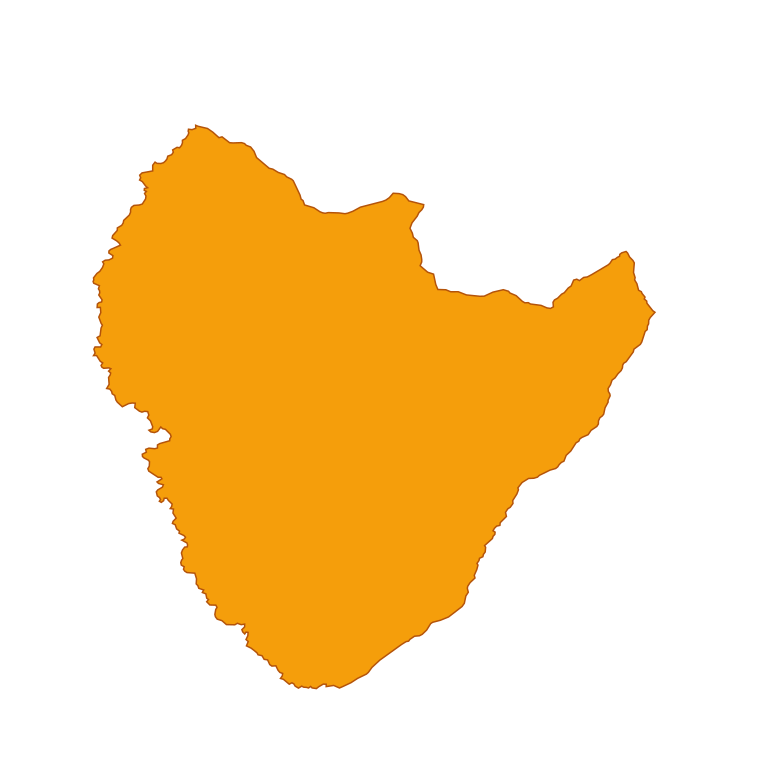 Amambai, Mato Grosso do Sul, Brazil (Equal Earth projection), rotated 259°
{"feature_id": "56859067B60164286614093", "entity_name": "Amambai", "entity_type": "district", "adm_level": 2, "iso_a3": "BRA", "parent_name": "Brazil", "parent_adm1": "Mato Grosso do Sul", "projection": "equal_earth", "projection_center": [-54.945, -23.219], "detail": "fine", "context": "isolated", "style": "filled", "palette": "amber", "viewbox_px": 768, "rotation_deg": 259, "n_neighbors": 0, "source": "geoboundaries", "source_scale": "gbopen_adm2", "svg_char_len": 6163}
<svg xmlns="http://www.w3.org/2000/svg" viewBox="0 0 768 768"><g transform="rotate(259 384 384)"><path d="M513.8,117.0L513.3,120.2L508.1,119.6L504.1,116.8L497.5,117.9L495.5,118.8L492.8,116.9L485.5,114.5L484.4,111.2L478.6,112.8L476.6,114.6L474.4,112.9L475.5,107.4L473.6,105.9L469.5,106.3L467.3,104.3L466.8,107.3L460.4,109.8L458.4,111.9L456.2,109.8L454.3,110.3L452.9,111.8L452.3,117.0L451.1,118.8L449.2,116.1L447.0,117.8L445.2,117.0L443.0,114.9L436.1,114.1L432.5,110.9L431.3,113.9L428.7,115.2L426.3,115.3L424.1,117.5L419.4,117.8L417.0,118.8L411.6,122.8L413.5,129.6L413.4,133.2L412.6,136.2L408.4,134.8L404.0,138.7L402.6,141.0L402.9,143.8L402.0,146.8L398.4,147.2L395.9,145.3L392.4,147.7L386.3,148.8L384.1,148.0L383.5,144.4L381.5,145.9L380.1,149.4L380.7,152.7L384.4,156.7L382.4,158.1L381.2,160.8L375.4,164.7L373.0,165.0L371.1,163.3L369.2,162.8L368.3,152.5L367.4,150.0L364.4,149.4L364.2,146.7L365.9,141.0L365.3,137.6L362.4,137.7L361.2,133.3L358.9,133.1L357.3,134.2L354.2,138.1L352.5,139.0L348.1,137.9L345.9,136.0L343.3,136.5L335.5,144.5L335.0,147.3L333.3,147.9L331.2,142.5L329.4,143.7L327.2,148.2L325.0,146.8L323.2,141.7L321.6,139.9L317.4,140.1L315.3,142.0L313.2,142.6L311.8,141.1L310.3,142.8L311.5,145.4L313.8,146.4L313.3,149.2L310.9,150.1L306.6,153.1L304.3,152.2L302.5,150.4L301.4,153.5L297.6,152.2L292.0,154.4L289.5,150.8L287.5,149.7L285.7,152.2L281.3,152.8L278.6,155.2L276.7,154.3L273.4,158.7L271.5,159.9L269.9,158.4L269.3,155.7L265.6,160.2L263.7,160.5L261.7,159.9L261.9,157.2L259.6,154.6L256.8,152.9L251.0,153.2L249.7,151.7L247.4,150.4L244.9,150.5L242.7,153.0L240.4,151.8L238.3,152.7L236.5,154.6L234.4,162.2L228.5,162.8L223.6,161.5L221.6,162.8L218.8,163.2L216.2,167.7L214.0,165.9L212.0,169.1L207.6,169.1L205.9,170.6L204.1,168.4L200.3,170.9L199.0,176.7L196.6,177.5L194.8,175.8L190.1,174.0L187.7,174.1L185.0,175.4L182.6,179.8L177.9,183.4L176.1,191.6L177.1,194.4L175.0,197.9L174.9,201.4L172.1,200.8L170.0,197.6L167.6,198.0L165.2,199.6L166.8,201.2L166.1,203.2L162.9,202.3L159.5,199.8L157.1,201.6L153.2,199.0L150.1,203.1L147.3,205.6L144.2,208.1L142.2,208.7L140.6,212.4L136.6,213.8L135.4,217.1L130.4,218.3L128.5,220.1L128.0,224.1L123.1,225.4L120.7,226.8L119.2,229.3L116.8,228.4L114.7,226.2L113.3,228.9L107.4,233.7L108.3,236.6L106.8,238.3L104.4,239.1L101.8,242.0L103.1,245.6L101.7,247.3L101.0,250.0L100.0,251.9L101.1,254.3L99.4,255.4L97.9,259.5L99.3,262.2L101.0,267.1L100.3,270.0L98.0,269.5L97.7,277.1L94.1,282.3L94.9,285.9L97.1,294.6L100.1,302.0L102.6,311.4L103.9,313.6L108.1,318.1L113.7,327.1L125.0,351.6L126.9,356.5L126.9,359.1L128.4,360.7L130.6,365.8L130.1,370.8L131.0,373.8L134.3,378.9L139.9,384.1L140.8,386.3L141.3,394.2L143.0,402.9L150.7,418.2L153.4,421.0L160.3,423.9L163.5,427.0L167.6,426.8L169.5,427.6L172.6,430.6L176.2,436.3L179.0,436.1L184.0,439.6L188.3,441.7L190.1,441.0L192.5,443.5L194.7,444.5L195.6,448.1L197.8,449.1L199.8,451.3L204.3,452.6L206.2,451.9L211.6,460.9L213.7,462.0L215.2,464.1L217.4,464.8L219.1,463.0L221.3,464.9L223.0,467.4L223.1,470.8L225.7,471.6L230.6,478.9L234.9,478.8L237.9,481.8L238.9,484.4L242.1,487.8L245.0,488.1L250.6,493.4L254.5,495.8L256.5,495.6L261.0,500.8L263.7,507.9L262.9,513.1L263.3,516.9L264.7,519.1L267.8,530.6L268.3,536.4L269.5,538.7L271.5,540.6L273.2,543.2L273.9,545.9L279.2,549.2L282.6,554.6L289.6,561.3L290.7,564.3L292.7,565.7L293.8,568.1L295.3,574.7L299.0,578.4L301.7,584.8L303.8,586.8L306.9,587.5L309.7,589.5L311.0,592.2L312.5,593.9L318.4,596.4L323.4,600.5L325.4,600.9L329.2,603.7L331.1,603.8L333.9,602.8L336.8,603.1L340.1,606.2L344.3,608.6L345.9,611.9L349.5,615.7L351.9,619.3L354.3,621.1L357.2,622.0L358.7,623.4L359.7,626.0L367.9,634.8L370.5,636.0L374.0,643.2L376.0,645.0L385.8,650.4L387.1,652.7L390.7,653.7L392.5,655.2L396.2,656.1L398.5,658.1L402.7,663.7L404.7,661.8L413.1,657.5L415.3,657.7L417.8,655.7L419.5,656.8L423.6,654.6L425.5,654.2L427.5,651.8L434.2,651.4L438.3,649.9L440.6,650.8L445.8,650.2L455.1,652.8L457.8,651.9L461.8,649.3L466.1,648.1L467.9,646.9L467.4,642.4L466.3,640.2L464.4,639.6L463.8,637.2L462.5,634.7L462.5,631.9L459.3,628.7L458.2,626.8L451.8,608.9L450.3,604.0L450.5,600.3L448.2,595.6L450.1,593.2L449.8,590.0L444.5,586.4L443.1,583.2L439.2,578.4L438.3,575.5L435.1,570.8L434.0,567.4L432.0,565.5L427.4,565.0L426.4,561.9L427.6,558.5L431.2,553.2L434.6,543.0L436.3,541.2L436.8,537.8L438.7,535.6L445.5,530.6L449.3,525.0L451.3,523.9L453.8,519.1L453.4,508.5L451.1,499.1L451.8,494.9L455.7,481.9L460.4,474.5L461.8,467.1L464.7,462.7L466.5,454.9L471.9,453.8L482.4,453.6L485.4,448.2L493.2,442.0L496.6,444.3L499.0,444.8L503.6,445.0L508.7,443.9L516.0,444.4L518.3,444.0L522.4,440.8L526.7,440.6L531.9,439.2L536.9,442.3L542.4,448.6L545.6,451.0L547.9,454.4L550.1,456.4L552.5,457.2L559.0,443.3L563.8,440.9L566.3,438.6L568.0,435.2L569.5,429.4L565.9,424.8L564.2,421.0L563.5,417.3L562.1,394.6L559.5,386.4L558.6,381.0L558.6,378.2L560.5,372.5L562.9,362.0L562.8,358.9L563.7,356.5L565.2,354.1L570.4,348.8L574.9,340.2L579.5,339.5L581.3,337.9L585.5,337.6L600.8,333.7L602.6,332.4L605.9,328.0L608.6,326.3L611.9,320.5L616.1,315.9L617.7,312.4L630.6,302.1L637.3,300.8L642.1,298.3L644.6,294.3L646.6,293.0L648.1,290.2L649.4,281.9L650.3,278.5L657.5,272.2L657.3,269.0L663.9,264.0L668.5,259.5L672.5,250.6L673.9,248.5L670.9,248.0L670.3,244.1L671.4,240.7L669.5,240.0L667.8,240.3L665.8,239.1L662.8,236.0L661.7,232.6L659.2,232.2L656.9,230.8L654.9,228.4L655.8,226.0L654.1,221.2L651.7,221.4L649.6,219.3L648.9,215.2L646.3,213.9L644.6,212.0L643.3,209.8L643.0,207.1L643.9,203.2L645.5,201.6L642.9,198.7L637.3,197.6L637.4,186.8L635.6,184.0L632.8,184.5L630.9,183.0L628.8,185.4L623.8,187.8L621.8,189.4L621.6,186.1L619.8,185.6L618.4,187.5L616.7,185.3L614.0,186.2L611.2,185.3L606.8,181.1L606.4,177.9L607.0,172.6L605.6,169.7L603.6,168.5L601.0,168.0L598.4,166.2L594.3,159.7L591.8,158.7L589.8,156.8L588.1,152.0L585.7,151.5L581.5,146.0L579.1,144.9L575.6,148.8L573.2,150.7L570.6,151.8L568.2,141.3L567.1,139.4L565.1,138.9L561.7,142.4L559.3,141.5L558.3,137.7L558.7,133.9L557.6,131.1L555.4,131.9L552.1,129.9L548.8,126.5L547.3,123.3L543.6,119.1L541.6,119.0L540.1,118.0L538.3,118.3L534.8,123.4L531.9,121.8L529.8,122.6L527.6,122.3L525.8,121.0L520.4,123.3L518.4,122.4L518.3,119.9L517.2,117.9L513.8,117.0Z" fill="#f59e0b" stroke="#b45309" stroke-width="1.5"/></g></svg>